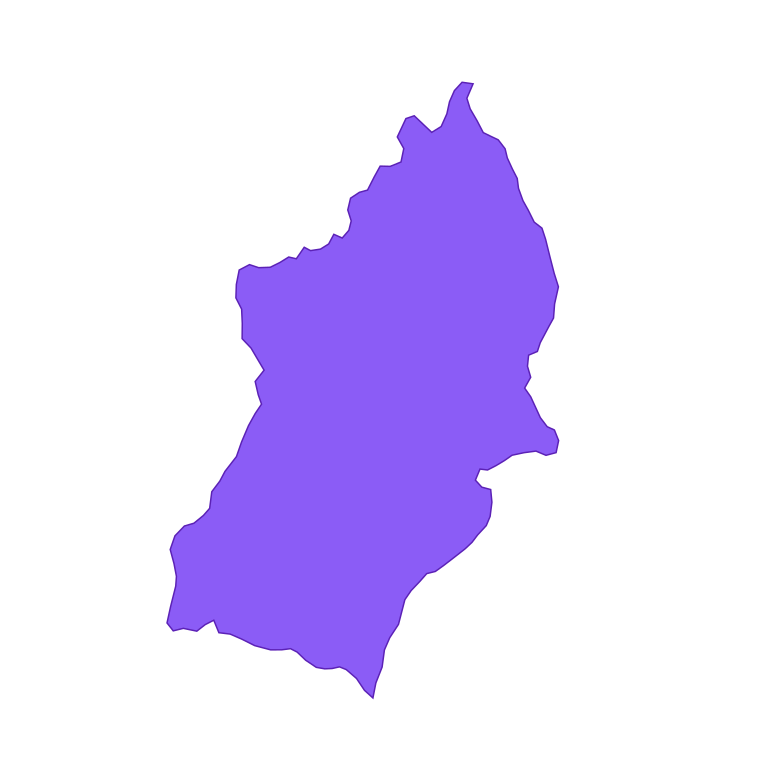 the district of Lucianópolis, São Paulo, Brazil, rotated 190°
{"feature_id": "56859067B1295139802373", "entity_name": "Lucianópolis", "entity_type": "district", "adm_level": 2, "iso_a3": "BRA", "parent_name": "Brazil", "parent_adm1": "São Paulo", "projection": "equal_earth", "projection_center": [-49.55, -22.48], "detail": "fine", "context": "isolated", "style": "filled", "palette": "violet", "viewbox_px": 768, "rotation_deg": 190, "n_neighbors": 0, "source": "geoboundaries", "source_scale": "gbopen_adm2", "svg_char_len": 1961}
<svg xmlns="http://www.w3.org/2000/svg" viewBox="0 0 768 768"><g transform="rotate(190 384 384)"><path d="M546.7,456.4L544.8,443.1L537.2,433.0L534.1,419.1L531.6,404.0L521.2,396.3L512.5,386.1L504.5,376.8L511.3,364.1L506.0,351.6L501.1,342.9L505.7,332.6L510.2,319.5L514.2,302.2L516.7,286.9L525.4,270.4L528.8,259.9L534.9,248.0L534.1,231.3L539.0,223.2L547.0,213.9L555.9,209.5L563.5,198.2L565.8,183.9L559.6,170.6L555.0,158.5L554.0,148.8L555.5,127.9L556.2,111.0L548.7,104.3L539.2,108.5L525.4,108.1L518.3,116.0L510.6,121.8L503.4,110.4L492.1,111.0L480.0,108.1L465.9,103.9L449.5,102.5L438.5,104.5L430.1,107.1L423.0,104.9L413.1,98.3L401.5,93.2L392.9,93.2L385.7,94.8L378.7,97.7L371.6,96.2L359.9,89.2L350.0,78.9L340.4,72.9L340.1,88.2L336.7,104.9L337.4,122.2L334.3,135.1L328.0,149.8L326.0,175.2L321.4,185.3L314.3,196.0L309.0,204.7L300.9,208.3L293.3,216.1L284.1,226.2L275.4,235.9L269.8,243.4L265.6,251.6L258.7,262.3L256.5,272.0L257.2,286.3L260.6,298.6L269.8,299.4L277.3,305.2L274.7,316.9L267.1,317.3L259.6,323.0L252.0,329.6L245.5,336.1L234.1,340.7L222.7,344.3L212.1,341.9L202.6,346.3L202.2,358.6L208.2,368.3L215.9,370.3L224.2,378.0L237.3,396.9L244.8,404.4L240.7,416.1L245.8,426.4L246.6,437.5L238.6,442.7L237.3,451.8L231.5,469.7L228.5,478.4L229.9,492.5L229.1,510.0L235.6,522.5L242.6,537.9L250.0,554.6L255.5,564.9L264.2,569.5L272.1,580.2L279.0,588.7L285.5,600.0L288.5,609.6L294.8,617.9L301.8,628.0L305.6,636.7L313.9,644.3L321.2,646.3L329.9,648.8L338.2,659.6L346.9,669.9L352.0,679.8L348.4,695.1L359.5,694.7L365.6,685.2L368.5,673.4L369.0,661.0L372.4,647.5L380.7,640.1L391.0,646.9L400.8,653.4L408.5,649.2L413.8,629.6L405.4,619.3L405.8,605.6L415.7,599.4L425.6,597.9L429.6,586.2L433.9,572.1L441.5,568.5L449.2,561.2L449.9,549.1L444.6,538.9L445.3,529.2L450.5,520.5L459.4,522.7L462.8,512.3L470.0,505.8L479.5,502.6L486.3,504.8L492.1,492.1L499.9,492.5L507.6,485.6L516.3,479.2L527.6,476.8L537.2,478.2L546.4,471.1L546.7,456.4Z" fill="#8b5cf6" stroke="#5b21b6" stroke-width="1.5"/></g></svg>